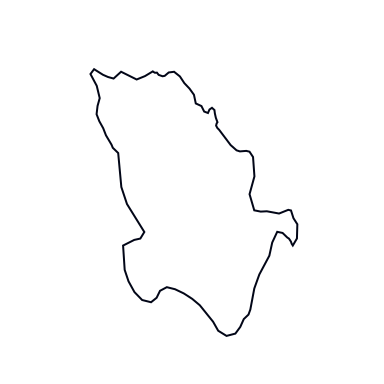 outline of Enugu, rotated 161°
{"feature_id": "NGA-2862", "entity_name": "Enugu", "entity_type": "State", "adm_level": 1, "iso_a3": "NGA", "parent_name": "Nigeria", "parent_adm1": "", "projection": "equal_earth", "projection_center": [7.353, 6.518], "detail": "fine", "context": "isolated", "style": "outline", "palette": "ink", "viewbox_px": 384, "rotation_deg": 161, "n_neighbors": 0, "source": "natural_earth", "source_scale": "10m", "svg_char_len": 1352}
<svg xmlns="http://www.w3.org/2000/svg" viewBox="0 0 384 384"><g transform="rotate(161 192 192)"><path d="M212.4,52.3L214.3,62.5L221.5,82.4L226.6,90.9L232.8,98.8L239.7,105.6L246.8,110.2L254.4,109.0L259.9,103.5L266.6,101.1L274.3,106.1L279.0,116.1L281.1,128.2L281.0,140.3L274.6,163.8L262.2,165.5L256.0,164.8L250.1,169.7L257.4,201.8L257.2,219.7L249.1,252.9L252.5,259.6L252.7,263.0L254.9,273.6L255.2,281.2L256.6,289.1L256.9,296.6L253.3,304.1L248.7,310.8L247.5,323.4L249.6,336.6L244.6,340.0L238.0,331.8L234.0,328.1L229.2,324.8L219.9,328.8L207.7,316.4L198.7,316.9L189.8,318.8L189.3,318.0L188.2,316.8L186.3,316.3L185.4,313.6L182.1,311.0L180.0,310.7L175.1,312.6L169.8,311.5L165.8,305.2L163.8,297.4L160.7,290.6L158.5,283.3L159.6,274.5L155.1,270.2L154.3,264.1L151.2,261.5L148.6,264.3L145.7,265.1L144.1,262.2L144.8,258.8L145.3,254.4L145.2,249.7L146.4,248.8L147.6,246.9L147.2,244.3L146.1,242.0L140.2,223.8L136.3,216.9L133.5,214.8L127.3,213.2L124.5,211.4L122.9,205.2L127.9,186.4L138.3,171.2L139.1,154.4L133.4,151.1L127.5,149.4L116.7,143.3L106.8,143.8L104.4,142.3L104.6,134.2L102.9,127.2L107.9,113.9L114.1,108.6L114.6,110.6L114.6,112.9L115.5,116.4L116.7,117.9L119.7,123.8L124.4,126.6L132.6,118.1L139.6,106.6L155.2,92.1L164.5,80.5L175.1,61.9L178.5,57.7L184.4,55.0L190.3,48.7L197.1,44.0L206.2,44.7L212.4,52.3Z" fill="none" stroke="#020617" stroke-width="2"/></g></svg>